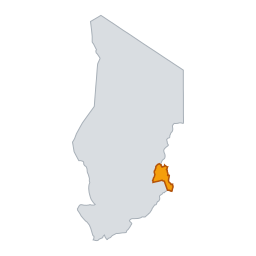 Kimiti, Sila, Chad (highlighted)
{"feature_id": "50815135B66817745888418", "entity_name": "Kimiti", "entity_type": "district", "adm_level": 2, "iso_a3": "TCD", "parent_name": "Chad", "parent_adm1": "Sila", "projection": "equal_earth", "projection_center": [22.332, 11.896], "detail": "fine", "context": "in_parent", "style": "filled", "palette": "amber", "viewbox_px": 256, "rotation_deg": 0, "n_neighbors": 0, "source": "geoboundaries", "source_scale": "gbopen_adm2", "svg_char_len": 5615}
<svg xmlns="http://www.w3.org/2000/svg" viewBox="0 0 256 256"><path d="M183.3,70.1L183.3,76.4L183.3,82.6L183.3,88.9L183.4,95.1L183.4,101.4L183.4,107.7L183.4,113.9L183.5,120.2L183.5,122.3L183.3,123.2L183.3,123.3L183.1,123.4L180.6,122.8L179.5,122.8L177.9,123.3L175.7,123.5L174.2,123.4L173.2,124.5L172.4,125.8L172.8,129.0L172.7,130.0L172.4,131.1L171.8,132.0L171.1,132.7L170.7,133.4L170.2,134.8L169.8,135.5L169.8,136.3L169.7,137.3L169.3,137.8L168.2,138.1L167.6,138.5L167.0,139.2L166.6,139.7L166.8,140.4L167.1,141.3L167.3,142.7L167.4,143.5L167.9,144.2L168.2,144.6L168.3,145.2L168.0,145.7L166.7,146.7L166.2,147.1L165.6,147.6L165.4,147.8L164.4,148.8L164.0,149.6L163.7,150.4L163.8,151.3L164.2,152.8L164.8,154.1L165.0,155.0L165.1,156.1L165.0,157.0L164.8,157.9L164.3,158.7L162.5,160.1L161.6,161.7L160.9,163.6L160.8,164.7L161.0,165.4L161.3,166.0L161.9,166.3L162.6,166.4L163.9,166.1L165.1,165.8L166.3,166.5L167.0,168.2L166.7,169.4L167.2,171.5L167.6,174.1L167.6,175.0L167.8,175.3L168.6,175.5L168.8,176.1L168.5,180.7L168.9,181.9L169.4,182.8L170.0,183.3L170.6,183.9L170.9,184.4L171.6,184.5L172.4,185.3L172.6,186.4L172.5,187.5L172.1,189.8L171.7,191.3L171.3,191.2L170.3,190.9L169.2,190.5L167.8,190.3L166.5,190.9L165.1,191.7L164.7,192.3L164.3,192.7L163.6,192.6L163.1,192.7L162.7,193.3L162.2,194.0L160.2,195.3L159.7,195.8L159.5,196.3L159.5,196.8L159.7,197.9L159.7,199.2L159.2,200.3L158.7,201.1L158.1,201.4L157.6,201.5L157.3,202.0L156.2,204.5L155.7,204.9L154.8,204.8L152.1,208.6L151.8,209.7L150.8,211.2L149.6,213.0L148.4,213.8L148.3,214.1L148.0,214.5L147.4,214.9L145.0,217.0L142.1,216.9L140.8,217.7L139.6,218.1L137.8,218.5L137.3,218.5L135.0,218.6L132.2,218.6L131.2,218.9L130.2,219.7L129.5,220.4L129.4,220.6L129.5,220.9L129.5,221.1L131.4,222.9L131.8,223.7L131.4,224.5L131.1,224.7L130.8,225.4L129.7,227.3L128.0,229.6L127.1,230.3L126.8,230.7L126.3,232.2L126.0,232.5L124.9,232.7L122.6,232.8L119.4,233.3L117.5,233.5L116.3,233.4L114.6,234.4L114.0,234.7L113.6,234.8L112.0,235.8L110.6,237.4L110.1,237.7L108.2,238.4L107.4,239.5L107.0,239.6L105.8,238.1L105.0,236.8L104.6,235.5L104.5,235.0L104.3,235.1L103.6,235.7L103.0,236.4L102.7,237.7L100.7,238.5L99.0,239.3L98.2,240.2L97.0,240.6L95.5,240.5L94.3,240.1L93.1,239.9L93.7,238.8L93.9,237.9L94.0,236.9L93.9,236.2L93.2,235.8L92.8,235.2L91.8,231.9L90.8,228.5L89.4,225.1L87.8,223.0L86.7,221.7L86.3,221.5L85.7,221.1L85.3,220.7L83.2,218.4L81.1,215.9L80.5,214.7L79.5,213.0L78.3,211.2L77.7,210.4L77.4,208.9L78.2,207.6L79.1,205.9L80.2,204.8L81.7,204.7L84.0,205.2L86.5,205.3L89.0,205.0L89.7,204.7L90.3,204.7L91.7,205.1L94.0,205.1L95.2,204.4L93.9,203.2L92.5,201.4L91.2,199.4L90.5,197.6L89.8,195.2L89.1,192.3L88.7,188.6L88.8,186.5L89.0,184.9L89.8,182.5L89.3,181.0L89.4,179.9L89.4,178.1L89.1,177.3L88.3,174.4L88.1,174.1L87.3,172.1L87.0,168.8L86.1,166.6L84.6,165.6L83.8,164.3L83.6,162.0L83.0,161.4L80.7,160.6L78.8,160.6L77.4,158.0L75.7,154.8L74.1,151.7L73.1,145.6L72.5,142.1L73.2,141.1L74.6,138.6L76.4,133.8L80.4,126.5L82.5,122.8L86.5,117.2L91.5,110.3L94.3,106.4L94.8,99.4L95.4,92.0L95.8,86.3L96.4,79.7L96.8,74.2L97.1,70.1L97.6,64.4L97.9,63.3L99.9,58.9L100.0,58.3L99.7,57.5L97.1,53.7L96.2,52.9L95.8,50.9L96.5,49.8L93.3,43.5L92.5,42.7L92.2,41.9L92.2,40.8L92.2,36.4L91.5,29.5L90.5,21.5L94.3,19.3L97.2,17.6L100.9,15.4L104.3,17.6L109.2,20.9L114.1,24.1L118.9,27.4L123.8,30.7L128.8,33.9L133.7,37.2L138.6,40.5L143.5,43.8L148.5,47.1L153.4,50.3L158.4,53.6L163.3,56.9L168.3,60.2L173.3,63.5L178.3,66.8L183.3,70.1Z" fill="#d9dde1" stroke="#a8b0b8" stroke-width="1"/><path d="M155.8,166.7L155.8,168.0L155.6,168.5L155.3,169.0L155.2,169.6L155.0,170.2L154.5,170.6L154.2,172.0L154.5,173.2L154.8,174.2L154.9,174.7L154.7,175.2L154.6,175.6L154.5,176.1L154.3,176.8L154.0,177.3L153.5,178.0L153.3,178.9L153.2,179.4L152.7,180.3L152.6,180.7L153.1,181.1L153.0,182.4L153.8,182.2L156.3,181.6L157.9,181.3L162.1,180.2L162.8,180.8L164.3,181.2L167.5,190.2L167.8,190.2L168.0,190.1L168.5,190.3L168.8,190.3L169.0,190.3L169.1,190.2L169.3,190.3L169.5,190.5L169.8,190.5L170.0,190.6L170.4,190.6L170.5,190.6L170.6,190.8L170.7,191.0L170.8,191.0L171.3,191.1L171.6,191.1L171.8,191.2L172.1,190.5L172.1,190.2L172.2,189.9L172.4,189.1L172.4,188.9L172.5,188.8L172.6,188.3L173.0,187.2L173.0,186.4L173.0,186.0L173.0,185.9L172.8,185.8L172.7,185.8L172.5,185.7L172.5,185.4L172.5,184.9L172.6,184.2L172.2,184.2L171.4,184.3L171.0,184.4L170.9,184.4L170.9,183.9L170.8,183.7L170.7,183.6L170.4,183.2L170.2,183.1L169.7,182.9L169.1,182.3L169.0,182.2L168.7,181.6L168.6,181.4L168.6,181.2L168.5,180.8L168.5,180.3L168.5,180.2L168.6,179.6L168.6,179.2L168.7,178.6L168.8,178.1L168.9,177.7L169.1,176.7L169.3,175.2L169.4,174.9L169.3,175.0L169.2,175.1L168.9,175.0L168.6,175.2L168.4,175.1L168.2,175.2L168.1,175.3L167.8,175.5L167.7,175.5L167.6,175.4L167.6,175.2L167.7,174.8L167.8,174.8L167.8,174.6L167.8,174.4L167.8,173.9L167.8,173.7L167.8,173.4L167.8,173.2L167.7,173.0L167.7,172.9L167.6,172.7L167.5,172.4L167.4,172.3L167.4,172.2L167.3,171.9L167.3,171.7L167.2,171.4L167.2,171.2L167.2,170.9L167.1,170.7L167.2,170.4L167.0,170.2L166.9,170.1L166.9,169.9L166.7,169.8L166.5,169.6L166.7,169.4L166.7,169.2L166.8,169.2L166.9,168.9L167.0,168.8L167.0,168.7L167.1,168.3L167.3,167.5L167.4,167.0L167.5,166.9L166.8,166.7L165.9,166.1L165.7,166.0L164.9,165.4L164.7,165.2L164.7,165.8L164.2,166.4L163.8,166.5L162.8,166.8L162.7,166.9L162.1,167.1L162.0,166.9L161.9,166.7L161.7,166.3L161.5,166.2L161.4,166.1L161.4,165.9L161.2,165.7L161.1,165.4L161.1,165.2L161.1,164.9L160.9,164.9L160.9,164.7L160.7,164.6L160.2,164.3L159.9,164.2L159.2,163.7L158.9,163.9L158.4,164.2L157.7,164.4L157.2,164.9L156.7,165.5L156.4,165.7L156.4,165.9L156.1,166.3L155.8,166.7Z" fill="#f59e0b" stroke="#b45309" stroke-width="1.5"/></svg>